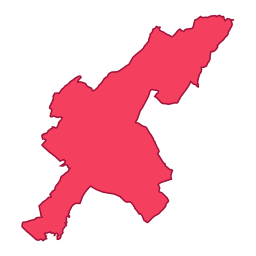 the district of Suesca, Cundinamarca, Colombia
{"feature_id": "7082276B94455974719005", "entity_name": "Suesca", "entity_type": "district", "adm_level": 2, "iso_a3": "COL", "parent_name": "Colombia", "parent_adm1": "Cundinamarca", "projection": "mercator", "projection_center": [-73.797, 5.134], "detail": "fine", "context": "isolated", "style": "filled", "palette": "rose", "viewbox_px": 256, "rotation_deg": 0, "n_neighbors": 0, "source": "geoboundaries", "source_scale": "gbopen_adm2", "svg_char_len": 5683}
<svg xmlns="http://www.w3.org/2000/svg" viewBox="0 0 256 256"><path d="M39.6,239.9L40.3,239.2L41.1,239.2L43.1,240.6L45.2,239.0L46.6,238.8L46.6,238.4L45.7,237.9L45.4,237.6L46.3,235.8L44.7,234.3L44.5,233.4L44.8,233.1L47.3,233.0L48.5,232.4L49.6,232.3L50.4,232.0L51.4,233.3L52.7,232.9L53.7,233.2L54.3,233.7L54.5,234.7L54.4,235.4L54.7,235.3L55.2,234.1L55.7,233.5L56.5,233.3L57.3,233.6L58.5,234.9L57.7,235.3L57.1,236.0L57.3,238.1L57.2,239.2L58.2,239.4L60.0,238.5L60.9,236.7L60.9,234.7L62.2,233.7L63.0,232.5L62.5,231.0L63.2,228.9L64.2,227.8L64.6,227.0L66.5,225.2L66.3,224.8L65.6,224.1L65.1,223.1L66.3,223.1L66.8,222.8L66.9,222.3L66.3,220.8L66.5,219.5L66.3,217.5L67.2,216.4L67.8,216.0L68.3,216.2L69.0,217.3L69.3,217.3L69.4,217.0L69.5,216.0L68.5,215.2L68.3,214.5L69.1,213.3L69.1,212.1L69.4,211.1L70.8,208.5L71.3,207.0L73.1,204.9L75.5,203.4L80.0,203.4L82.8,195.9L85.8,191.3L90.4,186.1L96.7,189.7L103.0,192.1L114.4,194.1L120.2,196.6L120.7,197.4L121.2,197.5L124.0,200.5L126.0,201.9L127.4,202.1L129.6,201.9L130.7,202.2L133.2,204.8L133.7,206.0L134.6,207.2L134.8,208.3L137.5,211.5L138.9,213.8L139.5,214.0L139.6,213.7L140.1,213.7L141.2,214.3L142.2,215.9L143.9,220.2L146.5,222.1L147.6,222.5L149.5,220.9L152.0,218.2L154.5,216.1L158.8,213.7L161.6,210.7L163.0,209.5L165.7,206.2L165.9,204.2L168.4,201.4L168.5,200.4L167.4,198.7L167.2,198.0L162.3,193.2L160.9,192.4L159.3,191.9L158.9,190.8L159.6,188.6L159.6,187.6L158.2,184.7L159.7,183.3L161.1,182.4L171.5,179.1L170.9,176.9L171.0,174.9L171.9,171.9L172.5,170.5L171.7,169.8L170.2,169.7L169.8,169.5L165.1,165.5L165.1,164.0L164.7,163.5L163.8,163.2L163.4,162.7L159.2,156.1L159.3,156.0L159.0,155.7L158.9,155.8L157.8,154.2L157.8,153.6L158.3,153.2L158.3,152.7L159.1,151.6L158.4,149.3L157.2,147.6L156.4,145.5L155.6,144.3L155.3,142.7L153.5,139.8L153.2,138.3L152.3,137.2L151.2,135.0L150.2,134.0L149.0,132.0L146.3,127.4L145.4,126.9L142.6,126.0L138.8,123.4L137.7,123.0L135.6,122.8L135.6,122.0L137.4,119.0L140.4,110.4L142.1,108.2L146.6,99.8L148.5,96.0L150.1,91.0L151.4,89.7L152.1,89.5L153.4,89.9L156.9,90.3L158.3,91.1L158.5,91.8L158.1,93.0L157.8,93.3L156.7,93.6L154.7,96.6L156.6,97.7L161.8,103.1L163.1,103.6L166.1,103.7L167.2,104.1L168.8,104.2L172.8,103.4L174.0,102.9L176.9,103.0L177.4,102.7L178.4,101.4L179.1,99.4L179.7,98.9L180.4,97.2L186.7,88.8L189.4,84.6L189.8,83.8L190.1,82.4L190.5,81.5L193.6,84.1L195.9,84.7L196.7,86.0L198.2,87.0L198.5,86.4L198.0,85.2L198.3,84.3L197.6,83.0L197.6,82.0L198.4,78.0L199.0,76.4L199.2,74.8L201.1,72.0L201.6,69.5L201.3,67.4L204.2,67.1L206.4,66.1L207.8,62.9L209.1,61.3L210.1,58.6L210.0,57.6L210.7,52.2L211.1,51.7L212.1,51.8L212.4,51.4L213.1,51.5L214.0,51.2L215.8,49.8L217.6,47.3L217.3,45.6L217.9,45.3L218.9,43.8L223.5,39.7L225.3,37.1L226.7,36.0L227.8,34.6L228.5,31.9L231.7,26.1L232.1,25.2L232.1,23.5L231.5,22.0L231.5,20.5L232.3,19.9L233.9,20.1L233.4,19.8L230.4,19.8L230.0,19.2L227.3,18.6L224.9,20.7L224.2,19.2L223.6,16.6L222.7,16.5L221.8,17.0L220.2,15.6L219.7,15.4L219.3,15.4L218.2,16.0L217.4,15.9L216.4,16.6L215.6,15.9L214.8,15.7L210.7,16.1L207.8,17.4L205.9,17.3L202.4,17.5L201.7,17.3L200.6,16.5L197.1,19.2L194.8,20.1L193.2,26.8L192.2,28.2L191.7,28.5L186.1,29.2L185.0,29.8L184.1,31.2L181.5,30.8L181.0,29.9L180.1,29.2L179.6,29.1L177.7,30.8L174.6,34.7L172.8,36.3L171.8,36.7L170.8,36.3L169.1,35.1L167.2,34.5L165.6,33.6L163.7,32.2L160.4,30.9L160.0,30.6L159.5,29.2L159.4,28.3L160.1,27.3L159.9,27.1L158.1,27.4L156.6,26.4L154.8,28.5L153.1,29.0L152.3,31.8L151.2,33.2L150.1,34.2L150.3,35.4L148.9,39.0L148.6,41.4L147.4,42.5L147.0,43.3L144.5,46.1L143.5,48.0L142.3,49.4L135.1,55.3L132.8,57.5L128.9,64.4L125.8,66.2L123.2,68.2L119.3,70.8L117.1,71.8L111.8,72.1L109.2,73.4L108.2,74.6L107.2,76.8L105.7,77.4L104.1,78.8L102.4,81.7L99.8,84.6L99.3,84.9L97.6,87.7L96.7,88.3L95.5,89.6L92.8,90.9L92.3,90.2L91.3,88.1L87.2,86.2L86.7,85.7L86.2,84.4L85.0,83.3L81.5,82.1L79.4,81.9L78.2,82.3L77.9,82.2L77.6,81.9L77.7,81.3L79.4,79.1L80.8,77.8L81.0,77.3L80.9,76.8L80.6,76.3L79.2,76.1L78.2,76.4L75.2,78.1L73.4,79.7L71.8,80.6L69.7,82.2L69.0,83.3L67.4,84.6L65.4,85.7L63.6,87.9L61.6,89.4L60.6,91.2L59.3,92.7L59.2,93.3L58.6,93.4L57.5,93.0L54.6,93.3L54.3,94.3L53.8,94.7L53.6,95.6L53.1,96.1L53.1,96.5L53.3,97.1L53.3,98.9L52.7,100.2L52.8,100.7L52.4,100.9L51.6,103.2L51.1,103.6L51.3,104.1L50.3,105.2L50.3,105.8L49.7,106.7L49.6,108.2L51.1,109.0L51.8,110.3L51.4,111.5L51.4,112.4L50.7,113.8L50.8,114.5L50.3,115.3L50.2,115.9L50.6,116.7L52.2,116.7L53.4,116.2L54.3,116.2L55.9,117.0L56.4,117.0L56.8,117.3L58.3,117.4L60.4,116.8L62.2,117.6L60.9,120.2L58.7,122.4L58.5,124.1L58.1,124.7L58.0,125.7L57.2,126.7L56.8,127.5L56.3,127.9L55.4,127.9L54.0,127.0L53.2,127.4L52.7,126.9L52.3,127.0L52.1,128.4L51.7,128.5L51.2,129.0L50.3,129.0L50.0,129.8L48.4,130.5L47.2,132.6L46.0,133.7L45.2,133.4L44.7,133.7L44.0,133.7L43.5,134.4L42.9,134.4L42.8,135.2L41.9,135.3L42.1,137.1L42.7,139.1L43.5,138.9L44.6,139.0L45.8,139.9L46.0,140.2L42.0,144.9L42.1,145.4L50.2,152.8L52.7,154.3L52.8,154.7L53.2,155.1L55.6,156.7L56.5,157.8L60.2,161.2L61.1,160.6L63.8,159.5L63.8,160.1L64.0,160.4L65.4,160.8L65.4,161.4L64.4,163.1L63.1,164.3L60.8,165.8L62.0,166.0L63.6,165.8L65.5,164.4L66.6,165.2L67.4,165.4L67.7,165.7L67.8,166.8L68.2,167.4L69.3,168.1L69.8,168.2L69.2,168.6L68.4,170.8L67.7,171.7L65.9,172.9L63.3,175.2L61.8,176.1L60.9,177.1L60.1,180.1L58.5,182.7L55.7,186.2L55.3,187.2L54.6,190.0L52.4,191.2L51.7,192.4L50.3,193.8L50.0,194.7L51.1,196.2L50.9,197.3L49.2,197.2L48.4,197.5L46.0,200.0L43.2,201.8L41.6,203.3L40.8,204.5L39.1,205.7L40.0,210.5L40.6,212.5L40.7,214.7L41.9,216.9L41.0,217.2L36.6,217.7L35.9,218.1L35.2,219.1L33.8,219.7L29.6,220.7L27.9,221.4L24.6,222.2L23.4,222.1L22.6,222.7L22.1,225.1L22.1,226.8L26.6,231.3L29.7,233.8L36.3,239.7L38.0,240.2L39.6,239.9Z" fill="#f43f5e" stroke="#9f1239" stroke-width="1.5"/></svg>